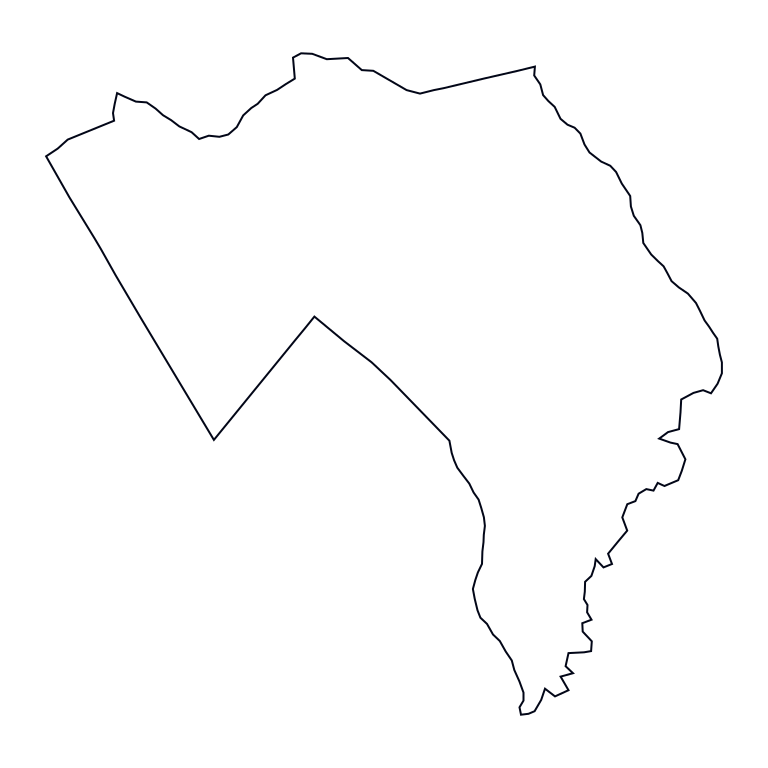 Perobal, Paraná, Brazil (orthographic projection)
{"feature_id": "56859067B55216023447862", "entity_name": "Perobal", "entity_type": "district", "adm_level": 2, "iso_a3": "BRA", "parent_name": "Brazil", "parent_adm1": "Paraná", "projection": "orthographic", "projection_center": [-53.337, -23.957], "detail": "fine", "context": "isolated", "style": "outline", "palette": "ink", "viewbox_px": 768, "rotation_deg": 0, "n_neighbors": 0, "source": "geoboundaries", "source_scale": "gbopen_adm2", "svg_char_len": 2211}
<svg xmlns="http://www.w3.org/2000/svg" viewBox="0 0 768 768"><path d="M521.0,714.7L528.5,713.8L534.6,711.2L541.2,699.9L545.0,688.7L555.0,696.4L568.5,690.2L564.5,683.3L560.6,676.6L573.0,673.2L565.6,666.2L568.5,653.1L584.1,652.3L591.1,651.1L591.8,641.3L582.7,631.6L582.3,623.2L591.5,619.7L587.1,612.3L587.5,605.0L583.9,599.1L584.8,591.7L585.1,581.8L591.4,575.9L594.7,566.2L595.7,559.1L603.5,567.4L612.0,564.0L608.1,553.7L617.6,542.1L627.2,530.6L622.3,517.4L627.3,504.2L635.4,501.1L638.6,493.7L646.3,489.1L653.5,490.6L657.7,482.9L664.4,486.0L678.2,480.2L681.8,470.8L685.4,459.3L677.6,444.1L670.5,442.6L659.2,438.6L668.0,432.1L679.1,429.1L680.5,412.4L681.2,399.5L693.5,392.9L703.1,390.2L711.0,393.3L717.6,383.7L721.9,373.3L721.9,362.4L719.9,354.7L718.3,346.4L717.2,338.7L713.1,332.9L709.1,326.7L704.6,320.5L700.0,310.9L696.0,303.0L687.9,293.6L678.8,287.4L671.6,281.2L667.4,273.2L663.6,266.3L657.9,261.1L651.2,254.5L643.3,243.0L642.3,232.9L640.4,225.2L633.8,215.8L630.9,206.5L630.2,196.0L621.8,183.6L616.1,172.0L610.3,165.8L601.2,161.6L589.5,152.5L584.5,144.5L580.4,133.6L574.6,127.7L567.5,124.7L560.5,118.8L554.7,106.9L548.3,101.0L543.1,95.1L540.3,84.4L534.2,75.5L534.9,66.6L517.8,70.8L484.2,78.5L443.5,88.2L433.9,90.1L420.0,93.6L406.6,90.1L373.3,70.8L361.8,70.1L348.0,58.0L326.8,59.2L312.2,53.8L301.1,53.3L293.0,57.6L294.8,78.6L286.0,84.0L277.1,89.9L265.5,95.3L257.7,103.8L251.3,108.0L243.2,115.4L236.8,127.1L228.3,134.5L219.4,136.8L208.8,135.7L199.1,139.0L191.6,132.2L179.3,126.4L171.2,120.2L163.0,115.2L155.6,108.6L146.7,102.4L135.9,101.6L124.7,96.7L117.1,93.1L114.7,103.9L113.0,113.1L114.1,120.7L67.7,139.6L57.7,148.6L46.1,156.3L69.5,197.5L94.4,238.1L100.8,248.9L115.7,275.4L140.5,317.5L213.9,439.9L295.4,339.9L305.3,327.9L314.4,316.6L344.2,341.3L371.6,362.3L390.6,380.1L449.4,440.7L451.7,452.9L454.1,460.3L457.3,467.7L463.7,476.3L469.3,483.6L473.6,492.5L478.6,499.6L481.3,508.1L483.9,517.3L484.9,525.9L483.8,534.8L483.5,542.2L482.4,551.4L482.0,563.9L477.9,572.4L475.3,580.1L472.9,589.0L474.7,598.7L477.5,610.3L480.4,617.7L487.0,623.9L493.0,634.5L499.8,641.0L505.7,651.5L511.8,660.5L514.3,670.0L519.5,681.6L523.5,692.6L523.5,700.6L519.5,707.3L521.0,714.7Z" fill="none" stroke="#020617" stroke-width="2"/></svg>